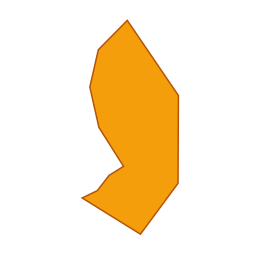 outline of Annobón, rotated 353°
{"feature_id": "GNQ-1467", "entity_name": "Annobón", "entity_type": "Province", "adm_level": 1, "iso_a3": "GNQ", "parent_name": "Equatorial Guinea", "parent_adm1": "", "projection": "robinson", "projection_center": [5.626, -1.446], "detail": "fine", "context": "isolated", "style": "filled", "palette": "amber", "viewbox_px": 256, "rotation_deg": 353, "n_neighbors": 0, "source": "natural_earth", "source_scale": "10m", "svg_char_len": 308}
<svg xmlns="http://www.w3.org/2000/svg" viewBox="0 0 256 256"><g transform="rotate(353 128 128)"><path d="M118.9,165.5L99.2,123.9L95.1,82.7L108.1,46.7L140.4,21.1L182.0,101.9L170.9,189.0L127.4,234.9L74.0,191.9L89.9,186.4L103.5,172.7L118.9,165.5Z" fill="#f59e0b" stroke="#b45309" stroke-width="1.5"/></g></svg>